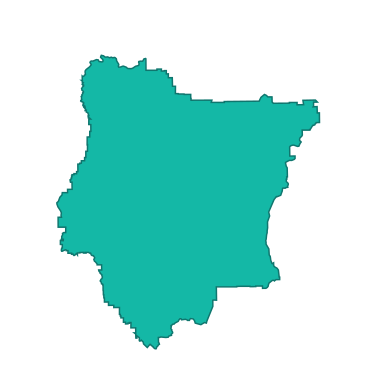 Junee, New South Wales, Australia, rotated 171°
{"feature_id": "25037944B78152286064279", "entity_name": "Junee", "entity_type": "district", "adm_level": 2, "iso_a3": "AUS", "parent_name": "Australia", "parent_adm1": "New South Wales", "projection": "albers", "projection_center": [147.763, -34.815], "detail": "fine", "context": "isolated", "style": "filled", "palette": "teal", "viewbox_px": 384, "rotation_deg": 171, "n_neighbors": 0, "source": "geoboundaries", "source_scale": "gbopen_adm2", "svg_char_len": 5978}
<svg xmlns="http://www.w3.org/2000/svg" viewBox="0 0 384 384"><g transform="rotate(171 192 192)"><path d="M55.2,240.7L53.8,250.2L55.9,250.5L55.1,256.8L59.0,257.2L58.5,257.8L57.9,261.7L54.1,261.2L55.7,263.5L68.1,265.2L68.1,260.8L74.6,261.7L74.2,264.0L81.8,265.2L81.9,264.5L97.8,266.9L98.8,268.4L98.1,273.4L102.3,274.1L103.3,275.7L105.2,277.0L109.1,274.7L111.5,271.2L146.0,276.3L146.1,275.4L159.0,277.5L158.0,279.6L178.6,282.8L178.3,284.6L178.6,284.7L178.0,288.6L184.5,289.6L184.5,290.0L190.2,290.9L190.2,291.3L193.0,291.8L191.8,299.0L194.7,299.5L193.6,308.0L197.5,308.6L196.9,312.4L198.9,312.7L198.4,315.9L200.4,316.2L200.5,315.8L203.4,316.3L203.0,318.2L207.4,318.9L207.6,317.7L218.4,319.4L216.7,330.8L216.9,331.1L218.6,331.0L220.3,328.9L222.5,329.3L224.1,329.2L224.4,328.6L224.2,326.9L224.7,325.6L225.3,325.3L228.1,325.0L230.9,323.7L232.0,323.4L233.1,323.4L236.0,324.0L236.5,324.3L237.2,325.4L239.9,327.0L240.8,327.1L243.3,326.6L244.9,326.8L245.1,327.9L244.5,328.9L244.4,329.6L245.9,333.2L245.9,335.4L247.0,336.8L247.8,337.1L249.1,336.9L250.7,337.8L252.5,337.5L254.1,338.6L256.2,338.7L257.1,339.2L258.0,340.3L260.2,341.2L261.0,340.0L261.2,339.3L259.4,336.8L259.3,335.5L259.8,334.7L260.8,334.6L263.4,335.4L264.0,337.2L265.7,337.7L269.3,336.8L271.0,337.1L271.9,336.8L272.5,335.9L272.1,334.6L271.6,334.0L271.7,333.4L273.3,331.8L277.4,329.5L278.5,328.4L278.8,327.4L278.9,324.6L279.9,324.3L280.4,323.6L281.1,323.2L282.0,323.3L282.3,323.7L282.9,319.4L283.6,319.5L282.8,318.7L283.2,318.1L283.2,317.5L282.3,316.9L283.7,315.7L283.1,314.6L282.4,314.7L282.4,313.7L283.6,312.9L284.9,311.4L284.7,310.5L284.8,309.8L283.8,308.7L283.5,307.8L284.5,307.1L284.4,306.3L285.5,305.4L285.6,304.9L285.5,304.3L286.5,303.7L286.3,303.2L286.5,301.6L286.4,300.6L286.8,300.5L287.0,299.6L287.6,299.6L287.7,299.3L287.2,298.6L285.8,298.1L285.6,297.4L285.0,296.8L285.6,296.3L285.5,295.4L286.1,295.2L286.2,294.5L284.5,293.8L284.4,292.7L285.3,293.3L285.7,293.1L285.5,292.4L285.1,292.3L284.8,291.4L284.3,290.8L284.4,289.8L284.7,289.3L283.6,289.3L284.0,287.7L282.4,286.4L282.4,285.7L282.1,284.9L282.7,283.5L282.1,283.4L282.6,282.6L282.5,282.0L282.8,281.6L281.6,281.1L280.7,279.9L282.5,280.1L283.4,274.8L281.4,274.4L282.4,267.7L283.5,267.9L284.4,262.4L286.9,262.7L288.2,255.0L287.8,255.0L288.9,248.6L290.5,248.8L291.5,242.6L292.7,242.8L293.2,239.7L296.4,240.2L296.8,237.8L298.4,238.0L298.6,237.2L300.4,237.4L301.5,230.0L302.8,230.2L303.1,228.1L305.7,228.6L305.8,227.6L307.8,227.9L308.0,226.5L308.4,226.6L308.6,224.9L308.9,224.9L309.0,224.2L309.3,224.3L309.6,223.5L310.5,223.1L310.2,222.4L310.6,222.2L310.5,220.7L309.0,220.5L310.0,213.4L314.5,214.1L315.0,210.8L320.2,211.7L320.9,209.4L323.3,207.5L325.5,203.6L327.1,202.6L327.3,201.3L326.7,198.2L324.7,193.8L324.3,191.8L325.0,189.4L324.9,187.5L328.2,188.0L329.7,178.2L322.2,177.0L323.1,171.7L325.0,172.0L326.4,171.4L326.4,170.2L327.7,168.3L327.8,166.8L328.5,165.7L326.5,165.4L326.8,164.1L329.6,164.6L330.2,160.8L328.3,160.4L328.8,157.3L329.1,157.4L329.3,156.8L329.9,156.1L330.2,154.4L330.0,153.9L329.4,153.8L326.2,154.7L325.6,154.6L325.2,154.1L325.3,153.7L323.7,153.5L324.1,150.9L320.5,150.4L320.7,149.4L319.1,149.2L319.0,148.4L318.6,147.8L317.8,147.8L316.6,148.8L315.7,149.2L315.0,147.8L314.7,149.7L312.4,149.4L312.4,149.8L308.6,149.3L308.7,148.7L306.4,148.3L306.6,149.0L303.6,148.5L302.6,147.6L301.7,147.5L301.4,145.7L300.8,145.0L300.3,144.7L299.8,144.8L299.4,144.6L298.4,142.4L298.7,141.7L299.5,140.9L299.2,139.0L298.3,138.1L297.0,135.8L297.1,134.9L292.7,134.2L293.4,129.1L296.4,129.6L296.4,129.3L296.2,128.1L295.4,127.0L295.5,126.2L294.0,124.4L294.1,123.5L293.8,122.2L294.5,120.5L295.4,120.1L296.6,118.5L295.8,117.2L295.7,115.4L294.7,115.1L294.7,114.1L294.4,114.0L295.1,109.4L295.2,108.5L295.0,108.4L295.6,104.4L295.2,104.3L295.6,101.2L295.1,101.1L295.7,97.0L291.7,96.4L292.2,93.1L287.0,92.3L287.3,90.1L281.7,89.3L282.8,82.5L282.0,82.3L282.2,80.7L281.6,80.6L281.9,78.8L279.4,78.4L280.1,74.1L278.0,73.8L278.3,72.1L275.9,71.8L275.8,72.5L274.4,72.2L274.3,72.9L272.7,72.6L273.6,67.4L268.9,66.6L269.6,61.7L271.1,61.9L269.8,60.5L270.3,56.5L269.3,56.3L269.0,58.6L266.8,56.3L267.3,53.4L267.1,53.0L266.1,53.0L265.3,53.6L263.7,51.5L263.6,49.5L260.5,45.4L257.4,48.1L256.7,47.9L256.4,46.9L254.6,45.3L254.7,44.9L253.5,43.3L252.8,42.9L251.9,42.8L251.0,44.5L249.7,45.4L249.2,46.2L248.0,46.7L248.2,48.1L248.6,48.6L248.0,53.6L246.6,53.4L245.6,53.7L240.6,52.4L238.2,52.3L237.2,53.4L234.7,53.6L234.7,54.7L233.1,55.9L233.2,57.1L233.8,58.5L233.5,59.1L234.3,60.5L233.5,62.2L233.8,63.0L233.6,63.4L233.1,63.4L231.6,64.5L230.5,64.3L229.1,65.3L225.9,66.4L224.8,67.8L223.7,68.7L222.7,68.5L222.3,67.4L218.3,67.3L216.4,66.1L216.4,65.9L214.6,65.6L214.1,66.5L213.3,67.2L211.2,66.6L210.6,66.3L209.7,64.6L209.3,62.0L204.3,59.7L203.9,59.6L200.1,61.1L198.3,60.3L197.5,62.2L189.3,75.8L188.4,81.8L187.4,81.9L184.7,81.3L182.8,94.5L162.7,91.3L162.6,91.7L160.4,91.5L149.4,89.8L149.4,89.4L143.8,88.6L143.7,89.1L137.1,88.1L137.4,85.8L134.1,85.3L132.5,86.0L131.4,87.2L131.2,88.1L130.2,90.0L126.5,92.1L124.8,91.9L124.5,91.3L122.8,92.3L119.1,91.8L118.7,94.2L119.2,94.3L118.9,101.4L119.9,103.4L122.5,105.5L122.8,107.0L122.5,109.3L124.0,108.7L124.2,108.9L124.9,112.2L124.8,115.8L125.0,116.7L125.6,117.7L125.0,123.7L127.0,128.9L126.7,130.9L126.8,132.4L126.1,133.9L125.0,138.1L124.2,139.9L123.8,142.1L122.9,144.8L122.1,150.7L119.1,156.2L119.4,160.2L112.2,171.6L109.5,174.2L109.3,173.9L104.9,174.9L102.7,178.9L102.0,181.4L101.6,181.6L99.3,181.2L98.7,181.6L96.6,181.7L96.7,182.9L95.8,184.1L95.7,185.5L97.2,187.6L96.9,189.9L96.3,189.9L96.1,192.1L95.4,192.0L94.2,201.0L94.9,202.7L95.1,206.3L94.3,206.9L90.9,208.0L88.6,207.6L86.0,208.2L85.0,208.9L84.6,211.4L89.8,212.2L88.5,221.3L87.5,222.1L85.7,222.5L84.2,222.4L80.6,220.5L79.3,220.5L77.7,223.0L76.4,224.3L76.5,224.7L77.6,225.9L77.5,227.4L76.8,228.6L74.9,229.9L74.1,231.0L73.5,235.9L66.0,234.7L66.0,235.3L65.5,235.2L62.8,238.4L61.9,239.1L61.5,238.8L60.1,239.2L59.9,239.8L59.0,240.3L58.5,241.1L55.2,240.7Z" fill="#14b8a6" stroke="#0f766e" stroke-width="1.5"/></g></svg>